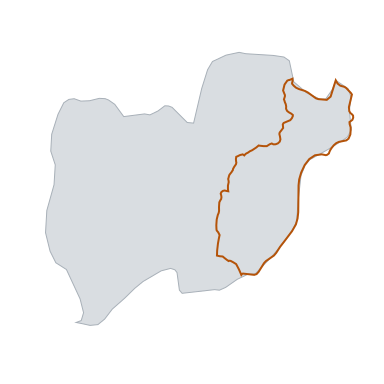 location of Western within Rwanda, rotated 189°
{"feature_id": "RWA-3492", "entity_name": "Western", "entity_type": "Province", "adm_level": 1, "iso_a3": "RWA", "parent_name": "Rwanda", "parent_adm1": "", "projection": "natural_earth1", "projection_center": [29.348, -2.109], "detail": "fine", "context": "in_parent", "style": "outline", "palette": "amber", "viewbox_px": 384, "rotation_deg": 189, "n_neighbors": 0, "source": "natural_earth", "source_scale": "10m", "svg_char_len": 3332}
<svg xmlns="http://www.w3.org/2000/svg" viewBox="0 0 384 384"><g transform="rotate(189 192 192)"><path d="M149.6,99.3L154.4,99.1L185.9,90.4L189.1,93.1L194.2,110.1L196.8,112.5L201.2,113.2L210.1,109.3L226.3,96.0L233.4,88.0L241.8,76.7L252.4,63.9L258.4,52.8L264.2,46.3L271.8,44.3L280.2,44.8L286.1,45.0L281.3,47.7L280.2,55.8L285.8,68.9L303.9,95.8L315.4,100.8L322.9,111.3L330.3,128.9L332.5,151.0L329.4,177.6L331.3,197.4L337.9,210.3L339.6,227.1L336.5,247.8L332.6,260.1L328.1,264.2L323.0,265.7L316.0,264.4L307.5,266.1L298.2,270.0L292.4,270.6L288.8,269.8L282.0,266.5L271.2,255.8L251.1,261.7L245.6,261.6L238.3,266.7L232.3,272.9L228.6,273.3L224.9,272.5L207.6,259.9L201.2,260.3L198.6,295.7L195.7,315.3L192.2,324.1L179.8,332.5L167.3,337.3L160.5,337.0L133.0,339.6L122.3,339.7L116.4,336.8L108.7,316.7L94.1,307.8L80.2,303.7L74.5,304.8L69.4,315.3L67.3,324.7L53.8,318.3L49.7,310.3L49.3,296.9L44.4,278.4L47.1,270.6L52.5,265.5L63.7,255.8L80.8,242.3L84.5,235.9L86.9,225.2L85.8,200.2L84.1,179.2L86.2,171.7L94.0,155.5L104.4,138.8L116.6,121.2L124.0,119.5L133.7,112.8L143.9,103.0L149.6,99.3Z" fill="#d9dde1" stroke="#a8b0b8" stroke-width="1"/><path d="M110.5,319.6L110.0,317.3L110.2,315.3L110.1,314.6L108.3,313.0L105.6,311.3L102.5,310.4L96.3,309.5L93.1,308.4L84.2,303.9L81.8,303.5L73.3,304.1L70.0,307.9L67.5,324.8L65.2,321.9L62.2,320.2L57.9,319.7L55.9,318.8L50.5,314.6L49.3,313.3L50.3,300.4L49.3,296.4L47.8,294.7L46.2,293.8L44.9,292.7L44.4,290.6L44.9,288.3L47.4,285.7L46.9,283.7L45.4,280.6L44.9,277.2L44.6,273.6L45.7,269.2L47.7,267.1L51.7,265.6L54.7,264.5L57.2,262.8L59.3,260.3L61.0,257.3L62.1,254.8L62.6,252.9L62.8,251.5L64.3,249.9L65.5,249.3L69.7,249.5L76.3,247.5L81.3,242.9L84.9,236.3L87.2,228.3L88.1,221.2L87.8,215.2L83.9,188.6L83.6,182.4L84.3,176.3L87.1,168.9L92.5,158.8L96.3,151.9L99.3,145.1L101.1,142.1L108.2,135.3L109.7,133.1L113.7,123.6L115.4,121.0L117.6,119.9L128.8,119.4L129.2,119.3L129.5,119.1L129.8,118.7L130.3,117.8L130.9,118.8L133.6,123.0L137.1,127.7L140.2,129.0L143.0,130.0L144.2,130.0L145.2,129.5L145.8,130.0L146.5,130.2L148.9,131.5L151.6,133.1L154.6,132.9L157.4,133.1L158.0,138.2L158.3,145.2L158.2,150.1L158.0,153.8L159.8,156.3L161.4,157.7L161.8,158.3L162.2,160.0L162.8,163.1L163.3,168.8L162.9,173.5L162.4,175.4L162.3,177.5L163.0,181.6L163.4,186.1L162.7,188.3L162.1,189.6L162.1,191.5L162.7,193.4L163.4,194.8L163.0,196.5L161.7,197.9L160.0,198.6L157.8,198.4L156.3,198.4L156.9,200.2L157.5,203.9L157.3,207.5L157.8,209.3L158.3,210.5L158.1,211.9L158.0,213.4L157.7,214.9L156.7,216.7L156.0,217.9L155.7,218.8L155.1,219.8L155.1,221.1L154.3,223.4L152.9,226.3L152.8,228.0L153.2,229.0L153.8,231.4L153.8,233.7L152.6,234.4L151.1,235.5L150.0,236.2L148.9,236.6L147.8,237.1L146.9,236.7L146.1,236.3L145.5,237.3L144.6,238.4L142.8,239.7L141.2,241.3L139.2,242.6L135.6,245.9L133.4,248.4L132.6,248.3L130.8,248.4L128.3,248.5L125.3,249.0L122.6,251.4L120.8,252.4L119.1,251.8L116.9,252.2L114.7,253.5L113.2,255.5L112.9,257.8L113.8,260.6L114.8,263.0L114.7,264.5L113.2,267.2L112.0,269.5L112.4,271.1L112.9,273.0L112.3,274.5L109.3,276.4L106.2,278.3L104.9,280.5L104.3,282.7L104.4,283.8L106.2,284.9L108.9,285.9L110.8,287.0L112.1,288.9L112.4,291.4L113.2,293.5L114.3,295.2L115.1,296.9L115.7,297.9L115.4,299.6L115.2,301.2L115.4,302.3L116.2,303.6L117.9,306.5L117.4,312.6L115.3,316.9L114.0,317.7L113.2,317.9L110.5,319.6Z" fill="none" stroke="#b45309" stroke-width="2"/></g></svg>